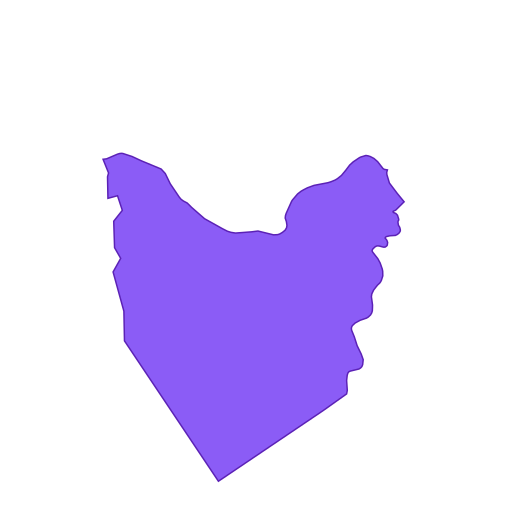 Lee, Iowa, United States of America, rotated 236°
{"feature_id": "52423323B84333675271441", "entity_name": "Lee", "entity_type": "district", "adm_level": 2, "iso_a3": "USA", "parent_name": "United States of America", "parent_adm1": "Iowa", "projection": "albers", "projection_center": [-91.454, 40.596], "detail": "fine", "context": "isolated", "style": "filled", "palette": "violet", "viewbox_px": 512, "rotation_deg": 236, "n_neighbors": 0, "source": "geoboundaries", "source_scale": "gbopen_adm2", "svg_char_len": 2024}
<svg xmlns="http://www.w3.org/2000/svg" viewBox="0 0 512 512"><g transform="rotate(236 256 256)"><path d="M91.0,254.0L93.5,256.5L102.1,261.5L106.2,265.0L107.6,266.8L108.1,268.2L107.9,269.7L104.7,278.3L104.7,280.2L105.1,281.9L106.3,283.7L110.1,286.9L115.9,288.4L125.1,289.7L134.0,292.3L141.1,293.8L142.8,294.7L143.8,295.8L144.4,297.0L145.0,300.7L144.5,306.3L142.7,312.9L142.6,314.9L143.1,318.0L144.1,320.1L145.5,321.8L147.8,323.5L150.2,325.2L157.7,328.9L159.8,330.8L162.0,334.5L163.9,340.3L164.4,343.5L164.9,344.8L165.6,346.2L168.6,350.0L172.5,352.5L174.6,353.4L180.7,355.0L185.6,355.5L194.0,354.9L195.3,355.1L195.9,355.7L196.5,356.8L197.0,359.7L196.9,361.3L196.4,362.5L195.3,363.8L192.1,366.6L191.2,368.0L191.2,369.8L191.6,370.9L193.6,372.7L195.9,373.3L198.7,373.1L199.1,373.8L199.2,374.9L197.9,378.3L195.1,383.1L194.8,385.4L195.1,387.8L196.1,389.7L197.4,390.5L199.5,391.2L201.9,391.3L204.7,392.6L205.6,393.5L205.9,394.3L206.7,394.9L210.7,396.1L213.1,395.7L215.2,394.3L216.0,394.3L216.3,394.7L216.2,395.7L215.9,397.4L218.1,409.1L228.8,408.1L241.9,407.4L250.5,410.1L252.3,411.2L253.9,413.1L256.0,410.9L257.4,410.2L266.2,409.6L271.0,408.3L274.5,406.4L276.4,404.9L277.9,403.3L279.5,398.1L279.7,396.6L279.7,389.2L279.0,384.5L276.9,378.4L275.0,371.9L274.6,366.7L274.7,364.2L275.6,359.8L276.5,356.7L282.1,343.6L283.8,336.7L284.3,332.4L284.5,329.5L284.2,325.2L282.1,317.7L281.5,316.2L274.5,304.9L273.0,303.0L271.1,301.4L267.5,300.4L264.1,298.8L262.3,297.1L261.1,294.5L260.8,291.0L261.0,287.9L261.6,285.9L263.7,282.4L275.6,271.6L278.6,265.7L286.5,251.8L289.7,248.4L292.6,246.1L297.5,243.4L315.7,234.2L332.3,229.8L338.4,228.6L342.1,226.6L344.9,225.6L347.8,225.3L363.9,225.3L375.1,226.9L381.1,226.0L381.9,225.5L399.0,214.2L407.8,208.9L415.5,202.9L416.4,201.8L417.2,200.3L417.9,198.1L420.1,186.5L421.7,183.3L407.3,180.2L404.7,177.2L386.6,165.5L383.4,174.9L368.6,170.7L364.4,157.5L342.0,143.4L329.7,142.5L322.7,128.6L284.1,115.6L259.2,99.5L90.3,98.9L90.3,225.1L91.0,254.0Z" fill="#8b5cf6" stroke="#5b21b6" stroke-width="1.5"/></g></svg>